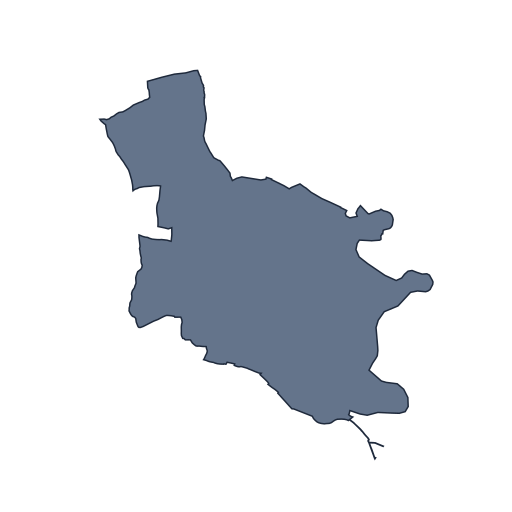 the district of Radesti, Alba, Romania, rotated 196°
{"feature_id": "2599482B76876393099506", "entity_name": "Radesti", "entity_type": "district", "adm_level": 2, "iso_a3": "ROU", "parent_name": "Romania", "parent_adm1": "Alba", "projection": "natural_earth1", "projection_center": [23.757, 46.248], "detail": "fine", "context": "isolated", "style": "filled", "palette": "slate", "viewbox_px": 512, "rotation_deg": 196, "n_neighbors": 0, "source": "geoboundaries", "source_scale": "gbopen_adm2", "svg_char_len": 6051}
<svg xmlns="http://www.w3.org/2000/svg" viewBox="0 0 512 512"><g transform="rotate(196 256 256)"><path d="M384.6,408.3L395.9,401.8L408.5,394.0L407.2,390.2L406.4,387.9L405.7,386.9L404.8,386.2L403.6,383.6L403.1,382.1L401.9,379.2L402.6,378.0L403.1,377.0L406.1,375.1L407.9,373.2L410.6,371.3L415.5,367.3L418.1,363.7L422.1,359.4L423.8,357.8L427.3,356.2L429.2,354.2L431.3,351.3L433.5,349.5L434.9,347.4L437.2,345.9L439.6,345.8L443.8,344.4L442.2,343.1L440.1,342.1L438.4,341.3L436.8,340.8L434.8,336.6L433.5,334.1L432.7,332.5L431.4,330.2L430.6,329.5L428.0,327.7L427.0,326.9L426.1,326.3L425.4,325.7L424.6,325.0L422.6,322.8L422.1,322.1L421.5,321.3L420.9,320.5L420.6,320.1L419.9,318.8L419.2,317.8L418.3,317.0L417.2,316.0L416.3,315.2L415.5,314.7L414.6,314.2L414.0,313.7L412.3,312.2L412.0,311.9L410.4,310.8L408.9,309.6L407.2,308.0L404.9,306.0L402.4,303.8L401.0,301.9L399.5,299.6L397.9,297.0L396.4,294.6L394.3,290.4L393.4,288.1L392.7,285.8L392.2,284.8L391.8,285.5L391.2,286.2L390.5,287.0L389.7,287.5L388.5,288.3L387.7,289.2L387.2,289.6L382.8,291.8L376.4,294.1L374.0,295.2L370.5,296.4L367.7,297.0L367.0,297.0L366.4,292.8L365.1,286.1L364.7,282.9L365.2,279.5L365.1,277.2L364.7,274.8L363.7,271.7L363.0,269.9L360.7,265.3L359.1,260.1L358.4,257.3L351.9,257.8L347.8,257.9L344.8,260.0L342.8,253.4L342.4,251.3L341.8,247.8L341.7,246.7L343.4,246.7L345.9,246.7L351.3,245.8L353.3,245.1L355.7,244.5L357.7,244.1L360.6,243.6L363.6,243.7L365.2,244.0L367.8,243.6L370.6,243.6L372.2,243.8L374.3,244.0L373.6,241.6L372.2,238.3L371.0,235.5L370.3,233.8L370.1,233.0L370.0,230.9L369.1,229.3L368.0,226.6L366.8,224.3L365.7,222.5L365.6,221.0L364.8,218.7L364.3,217.6L363.5,216.5L362.8,215.7L362.6,213.4L362.9,211.8L364.3,209.8L365.4,208.3L365.6,206.0L365.7,203.8L365.6,201.9L364.9,199.9L364.2,198.0L363.8,196.7L364.1,193.8L364.1,191.9L365.2,188.7L365.3,186.5L365.1,185.0L364.5,183.9L364.0,182.4L363.6,180.5L363.5,179.5L363.8,178.1L364.2,176.2L364.0,174.9L363.6,173.2L363.6,172.2L363.6,170.9L363.3,170.3L362.9,168.2L362.1,167.4L361.6,166.8L360.1,165.3L358.9,164.4L357.7,163.9L356.6,163.9L355.5,163.6L354.4,162.8L352.9,159.5L351.8,158.0L349.9,155.6L348.9,155.1L347.5,155.4L345.0,157.2L336.5,165.1L332.7,168.0L330.0,170.6L327.7,172.7L325.9,174.1L324.7,174.5L321.1,175.2L317.9,175.5L317.2,174.8L311.5,176.5L309.8,174.4L308.7,171.8L308.7,169.6L308.3,167.3L307.6,165.0L307.0,163.0L306.4,160.7L305.7,158.9L303.7,156.6L302.4,156.8L300.8,155.9L297.8,156.8L295.9,157.3L293.3,154.9L290.8,153.7L288.9,153.0L287.6,153.2L285.7,153.8L283.7,154.1L282.0,154.4L278.9,155.2L278.1,153.4L276.9,151.8L276.5,150.4L276.6,148.3L277.0,146.7L277.2,144.9L277.5,142.9L277.8,141.9L276.7,141.9L274.9,141.9L273.4,141.7L271.9,141.6L270.1,141.7L267.3,142.0L266.2,141.8L263.6,141.8L260.9,142.2L257.3,143.1L257.1,143.5L255.5,143.6L254.9,143.9L254.7,145.1L254.5,145.9L250.5,146.2L246.7,146.4L246.8,144.9L245.6,144.7L243.2,144.6L242.4,144.7L241.4,144.9L240.0,145.6L238.6,145.7L234.7,145.7L233.4,145.7L231.9,145.4L230.3,145.3L227.8,145.0L225.5,144.7L223.0,144.5L220.7,144.3L218.7,144.7L219.4,143.1L212.5,139.5L210.0,138.1L208.7,137.1L208.7,136.7L209.1,135.9L204.2,134.0L201.1,133.0L199.0,132.1L196.9,131.1L197.2,130.1L195.7,129.2L191.4,126.5L179.4,119.0L177.6,119.4L157.7,117.5L155.9,115.6L153.9,114.4L151.8,113.4L149.9,113.0L147.3,113.0L144.1,113.5L142.2,114.3L139.4,115.3L137.6,116.6L135.9,118.8L134.4,120.4L132.8,121.5L130.4,122.3L128.9,122.8L126.1,123.4L123.7,123.6L122.2,123.4L121.9,123.3L121.2,124.3L119.1,123.6L117.3,122.9L116.5,122.6L115.9,122.3L114.5,121.6L107.7,117.9L106.3,116.9L105.6,116.6L104.8,116.1L104.0,115.5L102.5,114.4L101.5,113.8L100.1,112.9L99.0,112.3L97.8,111.4L97.1,110.7L97.0,110.3L97.3,109.9L97.4,109.3L97.3,109.0L95.9,107.5L95.4,106.8L90.9,100.6L88.6,97.5L86.4,94.4L85.8,93.7L85.4,95.0L85.9,95.0L86.4,95.1L87.2,96.0L91.2,101.7L93.4,104.5L95.4,107.3L95.7,107.7L95.2,107.9L94.3,108.0L91.9,108.6L90.7,108.9L89.7,109.0L88.2,108.8L81.3,108.0L81.2,108.3L88.3,109.1L89.7,109.3L90.7,109.1L92.0,108.9L94.3,108.3L95.2,108.1L95.9,107.9L96.6,108.7L97.1,109.1L97.1,109.5L97.0,109.9L96.7,110.4L96.8,110.8L98.0,111.9L99.7,112.9L102.1,114.4L103.6,115.5L105.3,116.7L107.8,118.3L112.0,120.5L114.6,121.8L116.1,122.7L118.7,123.7L121.0,124.5L118.6,127.9L120.2,128.0L121.3,128.2L123.2,129.0L123.0,130.0L123.0,131.3L123.2,133.3L112.4,132.8L105.2,133.6L95.8,139.2L82.4,142.4L74.9,144.3L69.7,147.5L68.2,153.2L71.0,161.8L77.3,168.6L85.0,172.1L96.0,170.4L101.0,170.4L115.9,177.4L114.4,185.1L112.7,190.3L111.9,193.5L112.8,198.7L114.1,202.5L120.9,220.3L120.8,228.0L117.4,237.8L105.8,247.1L97.4,263.7L91.1,266.9L83.1,268.4L81.1,269.7L79.4,271.8L78.3,277.4L78.7,279.8L79.7,281.1L84.0,285.4L86.8,286.0L91.3,284.4L96.7,284.6L102.0,285.1L105.7,283.3L108.2,279.4L109.9,275.0L114.5,271.1L126.7,272.9L146.5,279.4L156.6,283.5L161.7,289.7L162.2,296.0L161.0,299.8L150.1,302.3L149.4,302.4L141.5,305.3L140.6,306.2L140.5,306.7L141.6,309.9L141.2,310.6L141.0,312.1L140.3,312.2L140.8,315.7L139.7,316.7L136.3,318.6L135.6,319.0L134.5,320.1L133.8,321.7L133.5,323.4L134.2,328.8L135.1,330.5L136.6,332.5L138.8,334.1L142.1,334.7L146.0,334.6L148.8,335.4L149.9,333.8L153.4,332.0L158.8,327.6L160.0,327.6L169.5,333.2L170.5,330.6L171.0,329.7L171.7,324.9L169.6,322.0L176.4,318.5L180.5,319.4L181.9,321.6L181.3,324.7L188.1,325.9L188.1,326.3L199.7,328.1L208.4,329.3L220.6,332.4L226.7,335.1L229.0,335.7L233.6,337.4L240.8,331.7L242.6,329.7L248.6,331.3L262.2,333.7L262.2,334.3L267.7,334.5L267.7,332.6L272.3,330.4L291.4,328.1L295.8,325.5L299.5,322.0L301.1,324.1L302.6,325.5L303.9,328.5L306.7,330.6L311.0,333.7L316.4,337.3L317.2,337.7L318.4,337.6L320.9,338.2L323.3,338.7L324.2,339.3L327.6,342.4L329.1,343.6L332.0,346.8L333.6,348.6L335.1,350.3L336.0,351.1L337.0,352.3L338.7,355.6L339.6,356.8L339.9,359.7L340.1,362.5L341.1,367.9L341.6,374.1L343.4,379.2L344.6,381.4L346.3,385.4L347.5,387.4L349.0,392.1L349.1,394.0L349.5,394.0L349.4,395.4L350.0,397.3L350.9,398.5L351.0,399.3L352.0,401.0L352.3,403.3L353.2,404.0L353.5,405.5L355.5,407.4L358.4,411.9L358.7,413.2L359.9,413.8L363.3,418.3L366.8,417.0L374.1,412.6L384.6,408.3Z" fill="#64748b" stroke="#1e293b" stroke-width="1.5"/></g></svg>